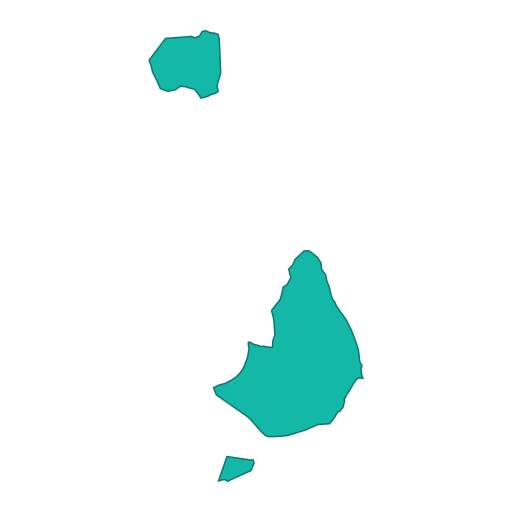 Eyal Surayh, Amran, Yemen (Robinson projection)
{"feature_id": "15242507B30874403797275", "entity_name": "Eyal Surayh", "entity_type": "district", "adm_level": 2, "iso_a3": "YEM", "parent_name": "Yemen", "parent_adm1": "Amran", "projection": "robinson", "projection_center": [43.972, 15.733], "detail": "fine", "context": "isolated", "style": "filled", "palette": "teal", "viewbox_px": 512, "rotation_deg": 0, "n_neighbors": 0, "source": "geoboundaries", "source_scale": "gbopen_adm2", "svg_char_len": 2613}
<svg xmlns="http://www.w3.org/2000/svg" viewBox="0 0 512 512"><path d="M362.9,378.2L361.6,374.8L361.0,369.0L360.9,368.4L361.3,367.8L361.9,366.3L361.8,365.3L359.8,361.8L359.2,356.1L358.6,351.6L358.3,349.8L356.5,343.9L354.4,337.9L353.2,334.8L351.0,329.4L349.1,325.5L346.3,320.1L342.7,314.8L340.6,312.0L336.8,306.8L334.7,301.9L332.5,299.4L330.8,293.6L329.5,287.7L326.8,281.0L325.7,274.9L322.0,269.9L321.8,269.5L321.6,268.8L321.3,266.1L320.8,262.7L317.7,257.7L312.3,253.2L310.1,251.7L309.1,251.1L308.6,250.8L304.0,251.0L295.2,259.3L292.6,265.0L288.7,269.1L290.8,277.6L287.0,284.9L283.1,287.2L283.2,287.9L280.3,299.4L271.6,310.3L272.2,313.1L273.1,316.3L274.1,322.3L274.2,325.6L274.7,332.0L274.7,335.8L273.0,340.0L272.4,347.5L266.8,346.9L263.5,346.2L260.8,346.4L260.2,346.5L259.2,345.8L258.5,345.6L256.7,345.0L255.3,344.9L254.0,344.4L252.1,343.4L250.4,342.5L249.4,342.0L248.7,342.2L248.3,342.7L248.2,343.4L248.4,344.7L248.4,345.6L248.7,347.3L249.2,347.8L248.6,351.1L247.6,357.0L246.4,360.4L244.2,366.1L242.4,369.7L240.4,372.6L236.3,376.9L236.0,377.1L231.4,380.2L225.3,383.4L219.5,384.9L214.7,387.1L213.5,387.7L216.4,394.9L222.7,399.3L236.0,408.6L245.5,415.2L248.0,417.2L249.9,418.7L261.4,431.9L263.5,433.7L265.1,435.2L266.1,435.7L267.7,436.5L270.3,436.7L277.5,436.4L281.6,436.2L287.6,435.5L305.6,429.9L317.9,424.5L329.8,423.7L329.8,423.4L332.2,420.6L335.4,416.0L336.0,414.9L337.3,412.3L339.5,411.5L342.9,407.5L344.6,400.9L344.2,399.9L344.6,398.2L344.9,398.4L345.4,397.5L345.8,396.5L346.2,395.7L346.6,395.0L347.0,394.5L347.2,394.1L347.9,393.0L348.5,392.2L348.9,391.5L349.4,390.6L350.0,389.7L350.5,388.8L350.9,388.1L351.3,387.3L351.8,386.6L352.3,385.7L352.7,384.9L353.1,384.1L353.4,383.7L353.6,383.4L354.1,382.6L354.7,381.9L355.2,381.1L355.7,380.5L356.4,379.6L357.2,378.8L357.9,378.3L358.1,378.3L358.6,378.2L359.4,378.0L360.3,378.0L361.3,378.0L362.2,378.1L362.9,378.2ZM218.2,91.5L217.3,87.3L217.1,85.3L220.7,73.1L219.4,41.5L219.1,38.2L218.0,34.3L214.5,33.1L210.8,32.9L209.3,32.3L205.6,30.7L202.2,31.5L199.3,36.3L194.4,37.8L191.4,36.4L187.6,36.8L165.6,38.4L149.1,60.2L151.1,65.7L152.6,71.9L154.0,74.9L155.5,77.8L158.5,84.0L160.3,88.6L167.9,91.3L171.7,90.5L175.1,89.9L180.4,86.2L186.0,86.8L188.9,87.9L194.4,89.2L198.0,93.5L201.1,98.2L207.1,96.5L207.5,96.4L208.3,96.0L209.6,95.3L210.0,95.1L210.1,94.9L215.4,93.2L218.2,91.5ZM227.0,456.5L218.5,480.9L220.5,480.4L222.5,479.8L225.1,479.7L225.9,480.0L226.3,480.1L226.6,480.4L227.4,481.2L227.4,481.3L238.7,476.1L239.7,475.6L240.8,475.2L242.0,474.6L251.0,470.6L254.1,462.9L253.2,459.9L250.4,460.0L231.3,457.2L227.0,456.5Z" fill="#14b8a6" stroke="#0f766e" stroke-width="1.5"/></svg>